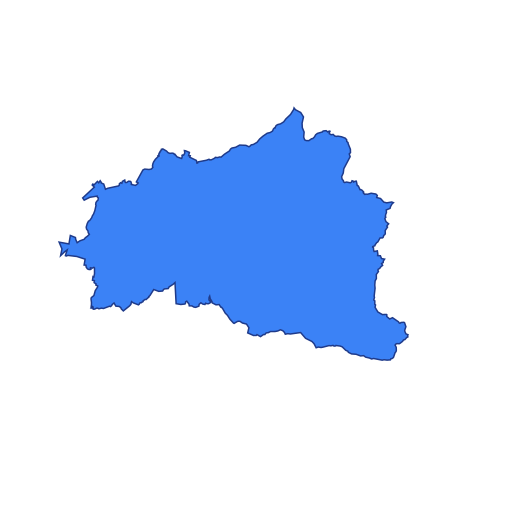 Dobresti, Bihor, Romania, rotated 41°
{"feature_id": "2599482B7847015753026", "entity_name": "Dobresti", "entity_type": "district", "adm_level": 2, "iso_a3": "ROU", "parent_name": "Romania", "parent_adm1": "Bihor", "projection": "orthographic", "projection_center": [22.295, 46.866], "detail": "fine", "context": "isolated", "style": "filled", "palette": "blue", "viewbox_px": 512, "rotation_deg": 41, "n_neighbors": 0, "source": "geoboundaries", "source_scale": "gbopen_adm2", "svg_char_len": 6150}
<svg xmlns="http://www.w3.org/2000/svg" viewBox="0 0 512 512"><g transform="rotate(41 256 256)"><path d="M308.3,315.8L308.3,314.7L312.3,313.9L313.2,310.3L314.2,309.5L314.1,307.7L314.5,306.9L315.5,305.9L316.5,303.5L319.9,300.5L321.7,298.2L322.8,295.7L325.2,294.8L327.6,295.0L329.4,295.8L330.9,293.8L333.1,292.3L339.9,284.5L347.4,285.6L354.3,283.8L357.3,284.1L361.6,285.8L362.8,283.8L365.1,282.4L366.3,280.9L369.9,275.7L371.4,274.7L372.8,272.9L374.0,272.8L375.1,271.6L375.0,271.1L378.7,268.7L380.7,268.0L385.6,268.3L387.8,267.6L388.9,268.1L392.4,267.2L396.0,264.5L400.5,262.8L402.6,260.6L405.1,260.4L408.7,258.5L410.8,257.9L412.0,256.2L419.6,251.8L420.7,250.3L423.2,248.6L425.6,246.2L425.2,245.2L426.0,244.0L426.3,242.4L424.4,237.7L424.4,236.3L423.7,235.0L421.7,232.9L419.4,232.0L419.4,230.4L419.8,229.7L421.7,228.2L422.0,227.3L422.6,224.3L422.4,222.6L423.2,221.4L423.2,218.8L423.7,217.4L422.8,216.8L422.4,215.7L420.2,216.4L417.7,215.2L416.9,214.4L415.5,211.0L411.9,208.9L411.1,209.0L409.1,211.0L408.8,212.3L408.1,212.6L406.7,212.2L399.5,213.0L398.2,215.8L394.9,215.9L394.3,215.8L393.3,214.5L392.7,214.6L389.8,217.3L384.7,218.3L379.5,216.6L378.3,214.5L377.3,214.5L375.1,211.9L373.7,211.9L372.5,209.4L371.6,208.9L367.0,202.2L364.7,200.0L362.2,196.6L361.7,194.1L358.9,191.0L358.6,187.4L357.4,186.8L356.9,185.9L357.5,184.2L357.3,182.4L357.7,180.0L355.7,179.3L356.3,177.5L355.4,176.3L355.1,174.0L352.4,175.6L349.7,174.2L347.5,175.9L346.8,174.7L344.2,172.5L342.2,175.1L340.9,174.4L339.2,172.7L338.2,172.8L337.9,172.3L339.0,170.2L338.6,169.6L338.3,166.8L338.7,165.5L337.8,161.0L339.6,159.3L339.7,158.5L338.9,156.6L339.2,155.2L338.9,154.3L336.8,152.0L336.3,147.9L335.3,147.7L335.0,147.1L335.0,144.7L331.5,144.8L328.6,143.2L328.5,141.5L327.6,141.2L326.5,139.3L326.0,137.7L324.1,135.8L325.9,132.1L325.1,130.4L324.5,127.6L324.7,125.6L323.0,126.2L319.8,130.1L317.1,131.5L312.3,130.9L308.7,132.7L307.8,130.7L305.8,130.6L301.7,133.1L299.7,136.2L298.2,137.3L297.8,138.1L296.0,138.1L295.2,137.6L295.3,137.1L293.0,136.8L291.6,137.1L291.0,137.7L287.3,136.0L286.2,136.4L282.6,133.7L281.8,134.5L281.1,136.1L280.2,135.7L279.1,136.2L279.6,137.7L279.1,138.9L275.8,140.8L274.7,142.4L273.5,142.6L272.5,141.8L270.6,141.5L268.6,140.0L267.4,136.1L265.0,132.5L261.9,119.3L259.4,117.8L259.5,116.0L257.2,113.5L251.9,110.8L251.0,110.0L249.3,110.0L248.2,108.8L246.1,108.5L242.3,109.9L239.2,111.8L238.2,113.0L236.6,113.8L234.5,113.6L233.1,115.2L231.0,115.6L230.2,114.2L230.1,113.4L229.8,113.3L229.2,113.9L228.8,115.3L226.7,115.4L225.1,117.1L224.6,117.9L224.7,118.8L221.9,123.2L221.5,125.5L222.0,127.7L221.8,130.1L221.0,131.1L220.2,134.3L218.1,136.0L216.5,136.4L214.0,135.0L211.0,130.9L206.8,128.8L203.7,125.6L200.6,119.9L195.7,118.4L189.8,119.7L187.6,119.3L188.3,120.7L189.2,126.5L188.6,133.0L188.9,136.6L187.8,140.2L186.2,142.5L185.7,143.9L185.7,145.1L186.4,146.8L185.9,147.1L185.8,148.7L186.5,150.9L185.7,153.5L183.9,156.0L182.6,161.1L182.0,165.3L182.2,169.5L180.8,173.6L179.5,175.2L179.3,177.6L178.9,178.2L175.8,179.1L170.9,183.0L169.3,187.3L167.0,190.3L166.6,192.0L167.0,194.2L165.4,199.9L164.8,204.2L163.6,205.1L162.4,207.0L160.6,208.2L160.6,209.3L159.3,212.5L158.1,213.8L157.1,213.8L155.8,216.2L150.8,222.6L150.5,223.2L150.9,224.0L150.5,224.6L148.3,223.0L141.2,224.9L140.6,223.5L139.3,224.5L137.8,221.5L133.8,222.8L132.8,223.4L134.7,225.0L135.2,227.4L134.3,227.9L134.1,228.6L135.1,229.4L135.9,231.2L131.4,233.0L128.0,232.4L127.8,232.9L126.6,232.6L125.3,233.3L123.6,235.1L121.8,235.7L119.6,235.5L115.4,236.3L115.2,237.3L114.6,237.5L115.2,239.0L115.0,239.4L115.3,241.2L115.6,241.2L115.7,242.7L116.9,243.9L116.3,244.0L116.2,244.8L116.9,245.1L116.6,249.0L117.0,252.1L117.6,253.9L118.8,256.0L120.0,256.8L120.0,259.0L118.5,260.9L115.0,263.4L114.2,265.2L117.1,278.6L119.1,278.2L119.3,279.1L118.7,281.8L115.0,283.8L114.5,283.0L112.7,282.0L112.0,282.2L110.7,283.2L110.3,285.1L109.6,286.0L108.6,286.0L107.1,284.8L106.2,287.3L107.0,289.1L105.7,289.5L105.5,291.1L106.4,292.3L106.2,293.4L99.7,302.1L98.6,304.4L93.9,301.6L91.2,302.4L90.8,301.9L89.0,301.4L89.3,303.9L87.4,303.7L87.1,308.7L85.7,308.7L85.8,309.9L88.8,310.1L87.1,325.9L89.7,326.6L92.1,320.7L96.8,315.0L97.5,315.6L98.9,315.6L100.1,317.5L99.9,319.2L100.2,320.8L101.3,322.4L102.0,322.7L104.6,327.5L105.9,331.0L106.1,332.8L106.9,335.0L107.2,338.4L106.7,339.6L107.3,342.1L108.9,345.6L110.4,346.8L112.7,347.3L114.1,348.5L116.0,349.0L115.8,351.6L115.2,354.2L115.4,356.0L113.1,360.2L112.3,363.3L109.1,361.8L107.6,360.5L102.4,362.3L106.9,369.6L98.3,374.7L104.9,378.0L108.3,383.9L108.8,378.3L109.5,375.3L111.9,380.8L112.8,380.5L113.7,378.9L121.1,373.9L129.1,370.5L132.2,375.6L133.7,374.5L135.1,375.8L137.1,376.3L138.2,376.1L139.6,375.2L140.1,374.4L138.8,373.7L138.9,373.3L140.3,372.7L141.1,370.9L142.0,371.0L145.8,375.4L147.4,378.3L146.5,378.5L148.5,381.6L150.2,380.6L151.3,382.3L153.6,382.0L154.2,383.0L156.2,382.4L156.8,383.4L157.4,387.6L159.6,392.2L159.0,395.4L159.6,396.6L162.3,399.0L164.4,401.5L165.0,401.5L164.6,402.1L165.3,402.6L165.5,403.5L166.6,402.8L166.1,401.6L166.4,401.4L168.1,402.9L169.1,401.9L169.9,400.0L170.8,399.2L172.1,398.9L173.5,396.8L175.3,395.7L178.4,390.0L179.4,389.6L179.6,388.0L179.3,387.0L179.7,384.6L183.1,385.8L185.9,383.8L187.9,383.7L189.0,384.3L191.9,384.5L193.3,376.6L193.3,374.6L192.0,372.1L194.1,371.9L199.3,370.0L199.5,368.9L199.2,368.1L199.3,367.2L200.0,366.7L200.1,365.8L200.6,365.0L200.6,364.3L200.2,363.9L200.8,361.5L201.6,361.0L202.1,357.1L201.7,356.9L201.9,355.4L200.8,348.4L205.8,346.5L208.5,343.7L208.2,342.0L208.5,340.9L211.1,338.2L210.7,336.3L212.0,331.8L212.3,329.2L227.0,344.4L231.1,341.9L233.9,338.8L233.8,338.0L233.0,336.8L233.4,335.5L237.1,336.3L238.3,337.4L240.4,335.7L242.6,335.3L244.2,334.3L245.8,331.3L244.8,329.8L245.1,327.5L247.4,327.2L249.3,326.1L249.0,324.7L250.3,324.2L251.5,323.1L252.1,321.5L252.1,320.8L251.7,320.3L249.3,320.0L247.7,317.9L247.4,316.7L249.5,318.3L252.5,319.2L253.7,320.1L257.8,319.1L260.1,316.8L263.0,317.7L263.5,317.3L265.4,317.6L270.3,319.3L273.4,319.5L277.7,320.8L283.0,321.4L283.7,321.2L284.9,317.6L285.8,316.5L286.9,315.8L289.7,315.5L293.5,313.6L297.7,314.8L300.2,319.5L306.3,317.6L308.3,315.8Z" fill="#3b82f6" stroke="#1e3a8a" stroke-width="1.5"/></g></svg>